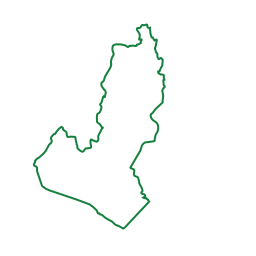 outline of Farah, rotated 304°
{"feature_id": "AFG-1749", "entity_name": "Farah", "entity_type": "Province", "adm_level": 1, "iso_a3": "AFG", "parent_name": "Afghanistan", "parent_adm1": "", "projection": "albers", "projection_center": [62.843, 32.453], "detail": "fine", "context": "isolated", "style": "outline", "palette": "green", "viewbox_px": 256, "rotation_deg": 304, "n_neighbors": 0, "source": "natural_earth", "source_scale": "10m", "svg_char_len": 5632}
<svg xmlns="http://www.w3.org/2000/svg" viewBox="0 0 256 256"><g transform="rotate(304 128 128)"><path d="M78.8,186.7L43.6,181.0L42.0,180.3L41.6,175.1L40.9,172.5L40.8,171.2L41.5,167.1L41.0,162.0L40.9,159.3L41.3,155.9L41.3,154.8L40.9,153.6L40.8,153.0L41.2,151.8L40.9,151.5L40.6,151.3L40.4,151.0L40.8,150.1L42.0,148.6L42.3,147.6L43.0,143.3L43.2,138.8L39.9,125.2L32.3,97.5L31.7,94.0L31.8,89.6L32.1,88.9L41.0,77.2L42.4,76.0L43.9,75.1L44.4,74.5L44.7,73.4L44.6,72.5L44.4,71.6L44.6,70.8L45.4,70.2L47.6,70.1L48.3,69.9L48.6,69.3L51.2,69.6L53.8,70.8L59.8,72.3L63.0,72.6L69.6,72.0L70.4,72.0L71.0,72.1L71.9,72.6L72.4,72.6L73.0,72.6L74.3,72.2L74.8,71.8L75.2,71.5L75.8,70.4L76.1,70.0L76.6,69.7L77.6,69.5L79.7,69.7L81.9,70.1L82.5,70.9L83.3,70.9L84.7,70.8L88.2,71.1L91.2,71.9L91.7,72.2L91.7,72.6L91.7,73.2L91.7,73.7L91.5,74.1L91.3,74.3L90.6,75.0L90.4,75.2L90.3,75.6L90.3,76.1L90.2,78.4L90.0,79.2L89.8,79.6L88.9,80.4L88.3,80.9L88.0,81.2L87.7,81.7L87.0,82.4L86.9,82.6L86.9,83.1L87.1,83.5L88.9,85.5L90.9,88.9L90.9,89.5L90.4,90.1L89.1,91.0L88.7,91.4L87.9,92.5L86.3,94.1L85.7,94.5L85.5,94.8L85.1,95.7L84.9,96.0L84.6,96.2L83.6,96.8L83.3,97.0L83.1,97.4L82.8,98.2L82.5,100.0L82.5,101.9L82.6,102.8L82.8,103.5L83.2,103.8L83.7,104.0L84.2,104.1L86.9,104.3L87.4,104.4L87.7,104.6L88.0,105.0L88.5,105.9L90.2,107.6L90.8,108.1L91.3,108.2L91.6,108.1L92.2,107.7L94.0,105.8L96.3,104.1L97.1,103.8L97.8,103.8L98.0,104.1L98.1,105.5L98.2,106.2L98.5,107.0L98.5,107.9L98.6,108.3L99.0,108.9L99.1,109.4L99.4,109.9L100.0,110.1L100.7,110.2L101.3,110.1L102.4,109.6L103.8,108.3L104.2,108.1L104.9,107.8L106.3,107.5L110.1,107.1L111.8,106.8L112.9,106.8L113.8,107.0L114.1,106.9L114.3,106.8L114.1,105.8L114.2,105.4L115.4,102.7L115.5,102.3L115.5,101.7L115.4,101.1L115.4,100.6L115.4,100.1L115.7,99.2L116.0,98.7L116.3,98.4L117.1,98.0L118.3,97.0L119.6,96.1L121.5,95.1L122.1,94.9L122.8,94.9L123.2,95.0L124.4,95.7L125.1,95.8L125.4,95.8L127.8,95.3L129.7,94.7L130.4,94.3L130.9,93.9L131.2,93.5L131.3,93.0L131.4,92.5L131.8,92.0L132.0,91.7L132.3,91.6L134.1,91.8L134.7,91.7L135.4,91.5L139.2,90.2L140.4,90.0L140.5,90.0L140.4,90.8L140.4,91.1L140.5,91.2L140.8,91.4L144.9,89.8L146.1,88.6L146.2,88.4L146.3,88.0L146.3,87.8L146.4,87.1L146.7,86.1L147.5,83.9L148.0,82.8L148.4,82.1L148.8,81.8L149.8,81.3L150.6,80.7L152.1,81.3L153.7,81.4L154.3,81.3L157.8,80.2L167.1,79.7L169.5,79.3L171.4,78.5L173.1,77.0L174.1,76.5L175.5,75.9L177.4,75.4L180.5,75.1L181.3,74.8L181.8,74.3L182.6,73.1L183.5,72.0L184.1,71.4L185.0,70.7L187.0,69.7L188.2,69.6L189.8,70.5L190.6,71.2L193.3,75.4L194.7,78.7L194.9,79.2L194.9,80.1L195.0,81.0L195.0,81.9L195.0,82.4L195.2,82.6L195.3,82.8L195.9,83.1L196.3,83.2L196.8,83.2L197.1,83.4L197.3,83.7L197.6,84.5L197.8,84.7L198.5,85.2L198.8,85.6L200.2,88.3L200.6,88.9L200.9,89.1L201.7,88.8L202.0,88.8L202.3,89.0L203.4,90.0L205.4,91.0L205.6,91.1L206.2,90.6L206.6,90.4L207.0,90.3L208.2,90.2L208.7,90.0L208.8,89.9L208.9,89.6L208.9,89.4L208.7,89.2L207.7,88.2L207.6,87.9L207.9,87.5L208.2,87.4L209.4,87.1L210.2,86.7L211.1,86.1L211.7,85.7L212.1,85.2L212.6,84.7L213.2,83.4L214.3,80.7L214.8,80.1L215.5,79.9L216.1,80.0L216.3,80.1L216.5,80.3L216.7,80.8L217.2,81.5L217.8,81.9L218.2,82.1L218.5,82.1L219.1,82.0L220.7,82.0L221.2,82.1L221.5,82.3L221.7,82.7L221.8,83.3L222.2,84.0L223.6,85.0L224.3,85.9L224.3,86.0L224.2,86.3L222.7,87.6L222.5,88.0L222.4,88.4L222.4,89.2L222.5,89.8L223.3,90.2L219.2,93.5L218.7,94.0L218.3,94.5L217.9,95.0L217.1,96.0L216.6,96.5L216.4,97.1L216.4,97.4L216.5,97.5L216.9,97.9L216.8,98.2L216.6,98.6L216.1,99.3L215.5,100.7L215.4,101.1L215.6,101.2L216.7,101.7L217.1,102.0L217.2,102.4L217.0,102.7L216.7,102.9L210.7,105.4L209.6,105.6L209.2,105.8L208.8,106.1L208.3,106.5L207.8,107.4L207.0,108.2L206.3,109.3L206.2,109.6L206.1,109.8L206.2,110.3L206.0,110.6L205.5,111.1L203.7,112.5L202.9,113.3L202.5,114.2L202.3,114.8L202.4,115.0L202.5,115.2L203.3,115.5L204.4,116.1L204.5,116.3L204.5,116.6L204.2,117.2L204.1,117.5L204.2,118.2L203.8,118.7L203.0,119.3L200.9,120.3L199.3,121.3L198.9,121.5L196.5,121.6L193.2,122.3L192.7,122.4L192.4,122.3L192.2,121.9L192.1,121.5L192.0,121.4L191.8,121.4L191.3,121.6L190.7,122.2L190.5,122.6L190.5,123.7L190.6,124.9L190.6,125.2L190.7,125.4L191.2,125.9L191.4,126.3L191.8,127.4L191.8,127.9L191.7,128.3L191.4,128.6L190.7,128.9L190.0,129.3L189.4,129.9L188.8,130.8L188.5,131.1L188.3,131.2L187.9,131.0L187.5,130.6L187.3,130.7L186.9,130.9L183.6,133.6L183.4,133.9L183.2,134.2L183.1,134.9L183.0,135.2L182.7,135.4L182.1,135.5L180.6,135.1L180.1,135.1L178.1,135.6L177.6,135.9L175.1,138.6L174.5,139.0L173.7,139.6L170.1,141.3L169.0,142.3L167.9,142.3L159.1,140.2L154.4,140.0L152.2,139.4L151.6,139.5L151.2,139.6L150.8,139.9L149.8,141.0L149.4,141.6L149.0,142.3L148.6,143.6L148.5,144.2L148.4,148.3L148.3,148.9L148.1,149.6L147.8,150.1L147.4,150.8L146.7,151.6L145.8,152.4L144.1,153.6L143.4,153.9L140.9,154.6L138.3,154.6L137.8,154.7L133.6,156.4L132.3,157.2L131.6,156.9L131.2,156.6L125.6,150.3L124.9,149.9L124.3,149.7L122.8,149.4L121.8,149.4L121.2,149.4L116.0,150.9L96.6,152.1L96.3,152.5L96.3,152.9L96.3,153.3L96.5,153.6L96.6,154.4L96.9,155.7L96.8,156.2L96.6,156.6L96.0,157.2L93.1,158.7L92.6,159.1L92.3,159.6L92.1,160.2L92.0,160.6L92.1,160.9L92.4,162.1L92.6,163.0L92.6,163.3L92.5,163.9L92.1,164.5L91.5,165.3L90.1,166.8L89.3,167.5L88.2,168.8L86.0,172.8L84.5,174.8L83.5,175.3L82.2,175.1L81.7,175.2L81.5,175.5L81.4,175.9L81.4,176.6L81.6,177.4L81.9,178.0L82.1,178.7L82.1,179.3L81.8,179.7L81.1,180.4L80.7,180.6L80.3,180.6L80.2,180.5L79.9,180.1L79.7,180.2L79.5,180.5L79.4,180.4L79.2,179.8L78.8,179.6L78.8,179.8L78.9,180.3L79.2,181.3L79.5,181.8L79.9,182.2L80.0,182.3L80.0,182.5L79.7,183.2L79.6,183.5L79.8,184.2L79.8,184.6L79.4,185.1L78.8,186.7Z" fill="none" stroke="#15803d" stroke-width="2"/></g></svg>